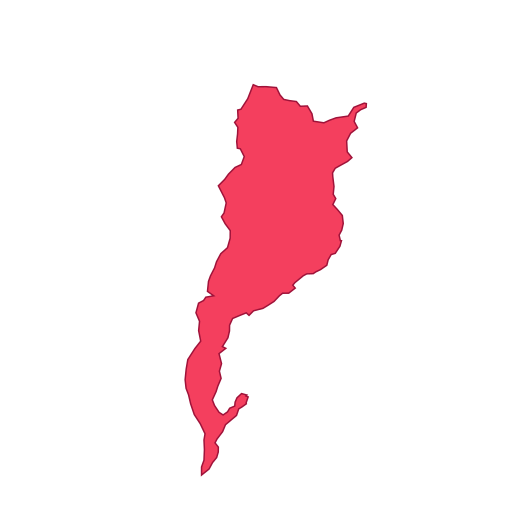 Lofou, Limassol, Cyprus (orthographic projection), rotated 50°
{"feature_id": "46923920B39647267644657", "entity_name": "Lofou", "entity_type": "district", "adm_level": 2, "iso_a3": "CYP", "parent_name": "Cyprus", "parent_adm1": "Limassol", "projection": "orthographic", "projection_center": [32.884, 34.797], "detail": "fine", "context": "isolated", "style": "filled", "palette": "rose", "viewbox_px": 512, "rotation_deg": 50, "n_neighbors": 0, "source": "geoboundaries", "source_scale": "gbopen_adm2", "svg_char_len": 2141}
<svg xmlns="http://www.w3.org/2000/svg" viewBox="0 0 512 512"><g transform="rotate(50 256 256)"><path d="M123.0,148.0L130.2,161.2L133.9,173.2L132.4,176.2L139.0,181.2L139.9,186.5L145.8,187.2L150.7,191.7L155.9,197.2L161.4,201.0L163.8,199.1L172.3,201.1L176.5,208.4L174.7,215.1L175.6,224.4L177.2,230.8L178.0,239.7L191.1,242.7L196.2,244.7L202.5,252.8L203.7,257.3L211.5,258.9L220.0,259.4L225.8,264.4L231.3,272.5L231.6,281.5L235.0,289.9L238.5,295.4L242.0,303.7L244.9,308.7L251.9,315.9L259.3,314.0L255.3,320.9L256.4,324.8L255.2,330.3L260.9,338.5L269.7,341.2L276.3,347.9L285.7,353.1L287.6,362.2L291.5,374.8L297.7,382.1L305.2,389.8L312.4,394.6L319.0,396.9L327.3,401.1L337.8,405.2L348.6,406.5L359.4,409.3L363.5,414.1L371.2,420.0L379.0,427.1L382.6,433.3L385.3,435.6L388.8,438.5L389.0,428.9L386.3,422.1L385.1,415.7L381.9,410.9L378.2,407.7L372.8,407.5L371.1,403.4L369.1,394.5L365.6,387.8L365.6,380.3L365.6,373.4L362.0,367.5L362.6,363.9L363.0,358.4L362.1,357.9L358.9,352.6L356.8,353.7L356.6,352.4L352.1,355.5L352.4,361.7L354.5,365.9L357.3,368.8L355.7,374.0L357.1,378.0L356.6,383.4L352.0,384.8L343.9,383.9L338.3,382.0L338.1,381.9L338.0,381.7L334.2,373.7L331.2,369.0L327.3,361.4L320.7,358.1L316.3,351.6L307.0,347.1L307.3,338.5L303.8,340.0L300.6,330.1L296.4,324.5L292.0,320.7L288.8,314.1L291.4,305.7L293.3,300.0L297.0,299.5L296.4,293.1L300.6,284.2L301.4,279.0L302.4,271.4L301.5,263.5L301.6,259.6L305.5,254.8L305.8,246.6L302.0,246.6L301.4,243.3L301.5,232.5L302.3,228.6L306.3,223.5L306.6,220.4L307.9,215.3L308.6,207.7L305.3,203.2L303.2,197.5L304.9,193.6L302.5,185.5L299.2,180.7L298.4,181.5L293.4,178.9L291.3,173.7L287.2,168.3L280.4,163.8L276.5,163.8L272.3,163.8L266.0,164.1L263.3,158.0L258.4,157.2L252.9,151.6L244.6,146.2L241.5,143.9L239.7,138.9L240.8,133.1L242.4,125.1L242.3,119.3L234.9,119.2L226.1,112.6L222.8,104.7L223.1,95.8L216.0,94.3L210.9,87.3L211.2,81.8L212.9,76.1L210.2,73.5L208.5,74.8L205.0,85.5L208.1,95.4L201.6,105.9L199.2,112.6L197.6,118.4L189.6,125.4L183.0,121.7L174.1,120.2L169.8,125.8L163.6,125.8L158.6,130.4L153.9,134.1L148.0,134.1L140.1,132.1L132.7,139.5L127.7,145.6L123.0,148.0Z" fill="#f43f5e" stroke="#9f1239" stroke-width="1.5"/></g></svg>